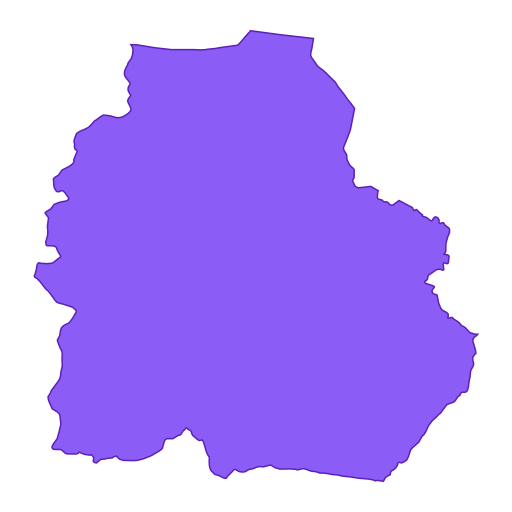 San Jerónimo, Comayagua, Honduras
{"feature_id": "27666195B29530067641484", "entity_name": "San Jerónimo", "entity_type": "district", "adm_level": 2, "iso_a3": "HND", "parent_name": "Honduras", "parent_adm1": "Comayagua", "projection": "mercator", "projection_center": [-87.555, 14.647], "detail": "fine", "context": "isolated", "style": "filled", "palette": "violet", "viewbox_px": 512, "rotation_deg": 0, "n_neighbors": 0, "source": "geoboundaries", "source_scale": "gbopen_adm2", "svg_char_len": 5921}
<svg xmlns="http://www.w3.org/2000/svg" viewBox="0 0 512 512"><path d="M387.5,476.0L390.2,474.8L390.7,472.0L391.1,471.2L394.2,469.4L395.8,467.8L397.3,465.4L397.7,464.4L397.5,463.5L398.1,462.8L399.5,462.3L401.0,462.9L402.0,462.8L404.4,461.6L406.7,460.0L408.3,456.9L410.6,449.8L412.9,447.3L418.6,442.4L421.9,436.6L424.1,434.3L425.3,432.5L428.6,425.6L432.3,420.6L436.1,417.3L438.5,414.7L440.4,413.2L446.8,404.7L448.5,403.9L452.8,402.5L454.4,401.6L455.3,400.6L457.6,397.0L460.1,395.1L460.7,393.4L461.6,392.4L462.1,392.2L464.5,392.3L466.5,391.7L467.4,390.3L468.3,387.5L469.3,380.0L470.1,376.7L470.6,371.3L471.2,369.5L472.8,366.9L473.6,364.7L473.6,363.7L472.8,360.0L472.8,357.2L474.9,354.1L475.8,353.7L475.9,353.2L475.4,349.7L473.0,341.8L472.8,340.1L473.9,337.7L477.3,334.9L477.7,334.2L476.3,334.3L474.1,333.9L469.9,332.6L465.2,327.6L463.3,326.3L461.8,326.0L460.6,324.3L458.6,322.2L453.8,319.1L452.3,317.5L451.0,317.4L449.0,318.2L447.9,318.0L447.7,317.4L448.2,316.5L448.3,315.4L448.2,314.4L447.8,313.6L446.4,312.3L443.8,311.0L441.6,309.5L440.7,308.1L438.7,303.2L437.1,295.1L435.9,294.5L433.5,293.8L432.2,292.3L432.1,290.5L432.9,289.1L434.2,287.6L434.1,286.4L432.9,285.7L426.3,283.6L425.1,283.0L424.7,282.3L425.2,281.2L426.6,280.3L427.3,279.5L427.6,278.6L427.8,276.7L428.8,274.9L430.5,273.9L435.2,270.5L437.2,269.5L439.5,269.2L440.9,269.4L442.5,270.2L443.5,270.0L443.8,269.5L443.2,264.3L443.4,263.3L444.4,262.8L447.0,263.7L448.3,263.0L449.1,256.2L448.5,255.4L447.2,254.8L444.1,254.3L443.9,254.1L444.9,253.0L445.8,251.3L445.9,243.7L447.5,237.5L449.5,232.6L449.6,230.0L449.2,228.3L445.0,225.1L443.4,222.7L442.5,222.7L440.1,223.5L439.4,223.1L438.9,222.1L439.1,220.7L439.0,219.8L438.2,218.4L437.5,217.6L435.7,216.9L434.8,217.0L433.4,218.3L432.3,220.5L431.7,220.8L430.9,220.7L429.3,219.7L426.6,217.5L422.8,216.3L422.4,215.8L422.5,214.9L419.7,212.7L416.7,209.6L415.7,209.7L414.2,210.5L413.7,210.4L412.4,207.6L399.0,200.5L393.2,204.9L391.1,205.2L389.8,204.6L387.9,202.4L386.4,201.9L383.6,201.7L382.2,200.1L378.4,199.1L377.6,198.2L377.3,196.7L377.9,191.6L378.3,190.9L377.7,190.3L374.2,188.5L371.0,186.4L358.6,187.8L356.3,187.0L354.8,185.7L352.6,180.7L352.9,179.6L353.9,178.3L354.2,177.1L354.1,169.4L353.3,168.4L350.1,165.6L348.3,162.5L347.0,159.5L346.6,154.7L343.9,150.2L343.4,148.6L343.8,146.7L346.9,139.2L350.3,130.1L354.6,108.5L351.2,103.8L347.4,99.1L344.0,94.2L337.8,86.3L335.5,82.4L327.3,74.3L326.2,73.1L323.4,70.6L317.8,66.4L311.3,57.1L310.7,55.5L310.8,53.2L311.2,50.7L311.7,49.3L313.5,38.5L281.9,34.9L250.3,30.7L249.6,32.2L248.3,33.2L240.1,42.8L237.6,45.2L220.1,47.6L215.1,48.5L208.0,49.2L204.8,49.7L200.8,49.9L193.3,49.6L171.3,49.6L155.3,47.8L136.7,44.8L130.9,44.6L132.4,47.1L132.9,49.4L133.0,50.5L132.4,55.3L131.4,58.3L128.1,63.0L127.5,65.1L125.9,67.9L124.7,70.9L124.4,73.5L124.6,75.0L125.0,76.2L126.6,78.6L129.4,82.0L130.1,83.5L130.1,84.2L128.4,86.8L128.0,89.6L128.5,91.5L130.3,94.6L130.6,95.7L128.4,98.6L127.6,101.0L128.1,102.4L130.8,108.0L131.0,109.5L130.6,110.9L127.8,113.7L124.7,115.7L122.4,116.9L119.7,117.6L116.6,117.7L110.7,116.0L106.5,115.3L104.0,115.1L102.6,115.4L100.8,116.5L96.1,120.0L94.6,120.8L90.8,125.2L88.4,127.4L85.5,128.9L79.7,131.4L77.8,132.6L76.5,133.7L74.4,139.1L74.0,141.8L74.6,144.1L74.4,146.7L74.8,148.4L75.4,149.7L76.6,150.0L77.3,151.0L73.6,160.1L74.0,161.1L73.8,162.1L72.5,164.0L68.7,166.7L61.9,170.1L58.6,175.0L57.3,175.9L55.6,176.8L53.4,178.8L53.9,186.2L54.5,188.1L55.9,190.6L56.8,191.5L57.9,191.8L59.0,191.7L61.8,190.6L63.3,191.0L65.0,192.8L68.6,197.9L68.8,198.8L68.0,199.8L66.5,200.9L60.7,202.0L57.6,203.0L54.1,204.4L50.6,209.1L46.4,211.5L45.1,212.9L45.2,213.3L48.5,217.7L47.4,226.5L47.8,231.5L47.7,234.4L47.1,237.1L45.7,242.1L46.3,245.3L47.5,245.8L52.3,245.8L54.5,246.2L55.7,246.8L56.5,247.8L57.1,249.7L58.7,252.9L60.3,255.2L60.6,256.9L57.8,258.9L53.4,262.5L52.0,263.2L45.9,263.7L44.5,263.4L42.4,263.5L39.0,262.8L38.2,263.1L37.5,264.0L37.0,265.2L36.4,269.3L34.9,274.7L34.3,275.7L34.3,276.3L34.9,277.3L37.0,278.5L40.1,281.7L45.8,289.0L48.1,291.0L50.1,293.4L55.2,300.5L56.6,302.1L58.8,303.1L62.6,304.0L71.4,306.8L73.0,307.6L74.7,309.1L76.0,310.4L76.3,311.3L75.8,312.7L72.7,318.1L69.9,321.9L68.2,323.4L65.8,324.4L63.6,325.7L61.7,327.4L60.6,330.0L59.6,336.0L57.4,339.9L57.6,341.4L60.1,347.9L61.6,350.7L62.1,352.5L62.3,354.7L62.0,358.0L62.3,366.0L61.0,371.3L60.5,376.1L59.6,379.1L58.4,381.0L51.3,390.6L50.1,393.5L48.0,396.8L48.4,399.7L49.3,402.2L52.1,408.5L52.8,409.3L57.3,411.9L59.0,413.6L59.8,414.9L60.9,424.0L59.0,432.1L57.2,438.6L52.8,444.8L52.0,446.9L52.3,448.3L53.1,449.1L54.4,449.4L61.2,449.6L65.1,453.1L66.9,453.9L76.2,454.0L78.1,453.4L79.1,452.1L83.7,454.1L85.5,454.5L89.9,455.2L91.3,454.6L92.4,455.7L93.6,457.5L93.6,459.1L93.2,460.8L93.4,461.6L94.4,462.4L96.3,463.0L100.7,459.5L102.9,459.1L105.3,459.0L107.1,458.3L112.1,457.9L113.9,456.7L115.9,456.1L116.5,456.3L119.6,459.2L123.3,460.4L133.3,460.6L136.9,460.4L143.5,458.8L150.0,456.2L152.3,455.1L159.5,450.8L161.2,449.6L162.3,448.4L164.3,441.4L165.5,439.4L167.1,438.7L172.8,438.7L177.7,435.7L180.4,434.8L181.4,433.8L183.1,430.9L185.0,429.4L186.0,428.0L186.5,427.8L187.0,428.0L187.9,429.2L189.9,430.2L190.9,431.0L191.4,431.9L191.7,433.6L192.7,435.4L197.1,439.2L199.1,440.5L202.3,440.0L202.8,440.6L203.7,442.7L206.4,451.7L207.7,454.8L209.3,457.2L209.2,462.4L209.4,465.7L210.1,468.7L211.1,470.6L214.9,474.4L219.3,475.7L223.1,477.7L224.7,478.2L225.6,478.3L226.3,478.1L227.9,475.9L232.3,471.6L233.5,470.1L234.4,469.4L235.3,469.5L238.3,471.1L239.8,471.7L242.0,472.0L243.9,472.0L246.0,471.3L248.8,469.5L252.6,468.8L257.8,466.8L259.6,466.6L263.6,466.8L270.2,465.1L271.2,465.3L274.8,467.6L279.9,469.1L289.0,468.9L295.1,469.2L297.7,469.9L302.1,468.8L303.8,468.7L305.8,469.2L311.0,471.1L316.4,471.8L319.9,473.1L322.9,473.0L326.9,473.5L332.8,474.6L337.1,474.9L342.4,476.1L350.8,477.0L358.5,478.2L368.8,479.1L373.1,479.9L375.6,480.9L376.7,480.4L377.7,480.4L383.4,481.3L385.3,477.8L387.5,476.0Z" fill="#8b5cf6" stroke="#5b21b6" stroke-width="1.5"/></svg>